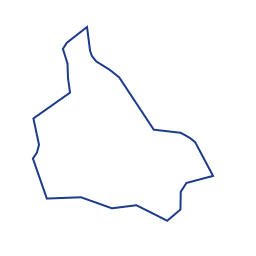 the Statistical Region of Starše, rotated 14°
{"feature_id": "SVN-996", "entity_name": "Starše", "entity_type": "Statistical Region", "adm_level": 1, "iso_a3": "SVN", "parent_name": "Slovenia", "parent_adm1": "", "projection": "natural_earth1", "projection_center": [15.758, 46.466], "detail": "fine", "context": "isolated", "style": "outline", "palette": "blue", "viewbox_px": 256, "rotation_deg": 14, "n_neighbors": 0, "source": "natural_earth", "source_scale": "10m", "svg_char_len": 485}
<svg xmlns="http://www.w3.org/2000/svg" viewBox="0 0 256 256"><g transform="rotate(14 128 128)"><path d="M63.8,39.9L72.5,62.2L75.5,66.8L81.1,71.1L96.0,75.9L107.2,81.0L153.4,123.4L180.4,119.9L190.5,122.7L196.6,125.5L222.1,153.9L198.0,167.2L194.6,177.1L198.6,194.4L188.5,208.5L154.8,200.9L131.9,209.8L99.1,206.6L66.3,216.1L43.1,180.6L45.6,173.8L45.7,165.8L33.9,141.6L63.2,107.7L57.7,94.1L53.7,80.1L45.7,67.0L48.0,60.1L63.8,39.9Z" fill="none" stroke="#1e3a8a" stroke-width="2"/></g></svg>